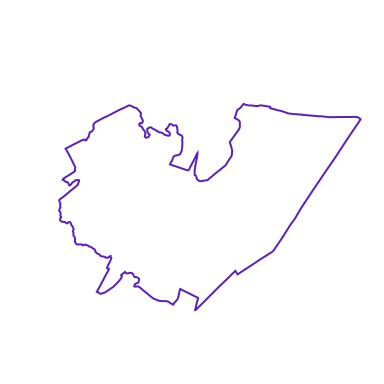 outline of Limuru, Central, Kenya, rotated 200°
{"feature_id": "3690345B52223496040180", "entity_name": "Limuru", "entity_type": "district", "adm_level": 2, "iso_a3": "KEN", "parent_name": "Kenya", "parent_adm1": "Central", "projection": "natural_earth1", "projection_center": [36.657, -1.145], "detail": "fine", "context": "isolated", "style": "outline", "palette": "violet", "viewbox_px": 384, "rotation_deg": 200, "n_neighbors": 0, "source": "geoboundaries", "source_scale": "gbopen_adm2", "svg_char_len": 6045}
<svg xmlns="http://www.w3.org/2000/svg" viewBox="0 0 384 384"><g transform="rotate(200 192 192)"><path d="M245.0,81.6L245.7,76.0L247.3,65.6L245.8,65.6L244.3,65.2L243.0,65.1L241.8,65.9L240.5,67.1L239.5,67.7L238.9,68.7L238.0,69.7L233.5,76.0L233.0,76.9L232.5,78.2L231.9,79.6L231.3,80.8L230.8,81.8L230.4,82.8L230.1,83.8L229.3,85.8L229.0,86.9L229.1,88.8L230.2,89.6L227.6,94.0L226.1,93.3L224.8,93.3L223.6,94.2L222.7,94.9L221.5,95.1L220.6,95.3L219.7,94.7L218.8,94.2L218.1,93.4L216.7,92.4L215.4,93.0L214.0,93.0L212.9,92.7L212.0,92.2L211.7,91.1L211.5,90.0L211.4,88.9L212.2,87.8L213.2,86.9L214.1,85.8L214.0,83.6L212.8,83.7L211.7,84.3L210.5,84.7L209.1,84.7L201.0,81.8L194.7,79.6L193.5,79.2L191.9,78.7L185.8,78.5L184.0,78.9L182.4,79.4L180.6,80.0L179.2,80.6L177.6,80.8L176.1,80.7L174.4,80.2L172.9,79.9L171.0,79.8L171.0,81.3L170.4,82.4L169.9,83.5L169.5,84.8L169.0,86.2L168.9,87.9L169.0,89.1L169.2,90.1L169.3,91.2L169.5,92.3L169.8,94.4L169.9,95.5L169.9,96.8L150.1,94.6L149.9,93.3L149.3,87.1L148.9,84.5L148.8,81.4L146.4,86.2L143.5,92.3L136.8,106.7L134.0,112.8L128.5,123.8L126.4,128.4L124.3,132.7L123.2,131.8L121.0,130.2L116.0,136.9L110.5,144.3L105.5,151.1L99.2,159.3L96.5,162.8L95.8,163.8L95.3,165.0L91.9,178.5L88.0,196.0L86.2,202.1L84.0,214.0L79.5,232.8L74.2,254.1L69.0,274.3L63.8,296.4L58.4,318.0L60.5,318.8L62.6,318.9L64.2,318.4L72.3,315.4L73.2,315.1L78.9,312.9L81.2,312.1L83.3,311.2L86.4,310.1L89.3,309.0L92.2,308.4L95.9,307.5L96.8,307.2L97.8,306.8L101.3,305.9L108.5,303.9L111.3,303.2L113.6,302.5L114.6,302.4L117.2,301.7L120.6,300.7L121.7,300.3L123.4,300.0L127.0,299.1L128.9,298.7L131.9,298.8L134.3,298.7L136.3,298.6L139.3,298.2L141.4,298.0L143.0,297.9L144.2,297.7L146.4,297.6L147.2,297.5L147.6,298.7L148.7,298.6L151.6,298.0L154.5,297.5L155.7,297.2L156.6,297.1L157.9,296.5L158.8,295.8L159.9,295.2L161.4,294.7L163.0,294.3L164.5,293.9L165.5,293.7L167.2,293.1L168.6,292.7L170.3,292.4L171.7,292.4L172.7,292.4L173.7,292.4L175.3,287.7L176.1,286.4L176.8,285.4L177.5,284.7L177.3,280.2L177.2,276.1L173.6,275.6L172.3,275.2L171.2,274.4L170.7,273.4L170.3,272.4L169.9,271.0L169.4,269.9L169.2,268.9L169.3,266.8L169.8,265.3L170.2,263.8L170.7,262.0L171.5,259.4L172.1,256.9L172.4,255.9L172.8,254.6L173.3,253.1L173.5,251.7L172.9,250.9L171.6,249.3L169.7,246.6L168.1,244.0L167.8,242.5L167.3,240.6L167.2,239.3L168.4,234.1L169.6,228.6L172.6,223.5L176.2,217.7L178.6,213.5L181.6,208.3L182.5,207.9L183.7,207.3L184.7,206.8L186.8,205.4L187.9,205.0L188.9,204.8L190.2,205.2L191.5,205.6L192.5,206.8L193.3,208.0L194.0,208.8L195.4,209.0L196.4,211.8L196.9,213.5L197.2,214.8L197.5,216.5L197.9,217.9L198.2,219.7L198.7,223.8L199.1,225.8L199.5,228.3L200.2,230.5L200.5,229.5L200.5,228.2L200.6,226.9L201.0,224.3L201.2,221.8L201.5,220.0L201.7,218.3L201.9,216.8L202.1,215.4L202.3,213.9L202.4,212.3L202.8,211.2L204.1,210.8L222.1,210.4L222.1,212.3L221.8,213.6L221.4,214.6L221.5,216.2L221.4,219.2L220.2,220.4L219.1,221.1L218.2,221.5L217.2,222.3L216.1,223.7L215.8,227.1L216.7,231.4L217.1,232.6L217.7,234.3L218.1,235.8L218.9,236.9L219.3,238.9L219.7,240.3L220.7,241.3L221.6,241.6L222.5,241.7L223.4,241.6L224.3,241.8L225.3,242.1L226.2,242.9L226.4,244.3L227.0,245.6L227.6,246.7L228.4,248.2L229.5,249.2L230.7,248.8L231.5,248.3L232.5,248.0L233.8,248.5L235.0,248.6L236.2,248.2L236.4,246.3L236.8,245.1L237.0,243.9L237.3,243.0L238.1,242.1L237.2,241.1L236.1,240.8L234.8,240.7L233.6,240.2L232.5,238.8L232.4,237.6L233.4,236.7L234.6,236.6L235.6,236.6L236.6,236.4L238.0,236.6L238.9,237.0L240.1,237.3L241.3,237.3L242.3,237.1L243.8,236.8L245.1,237.4L246.4,237.3L247.3,237.7L248.2,238.0L249.2,237.9L250.1,237.9L251.1,238.2L252.2,238.7L253.7,238.4L254.5,237.5L255.1,236.8L255.6,235.7L254.9,234.1L254.1,233.0L253.2,232.2L251.3,231.2L251.6,229.6L252.3,228.2L253.6,227.3L255.3,227.8L255.6,229.5L255.8,231.1L257.1,232.9L258.3,233.6L259.8,234.4L260.5,235.4L261.5,236.1L263.2,236.2L264.5,236.9L264.8,238.3L264.0,239.2L262.8,239.3L262.3,240.7L262.6,242.3L263.5,243.2L264.5,244.0L265.4,245.0L266.4,245.9L266.6,247.4L266.8,248.5L267.8,249.2L269.1,250.0L271.8,251.3L272.8,251.8L273.9,251.8L275.1,251.6L276.1,251.8L277.3,251.9L279.0,252.1L280.5,252.0L281.7,251.0L284.5,248.0L288.0,244.7L297.9,233.9L299.9,232.1L303.8,227.8L305.8,225.5L306.7,224.4L307.2,223.5L307.5,222.5L307.5,221.0L307.1,220.0L306.6,219.1L306.0,218.0L306.1,216.9L306.4,215.8L306.8,214.6L307.6,214.1L308.3,213.4L308.4,211.0L308.3,210.0L307.9,208.1L308.8,207.0L309.0,204.5L309.9,204.1L310.7,204.5L311.7,204.2L312.5,203.5L313.2,202.9L314.8,201.2L317.9,197.8L319.3,196.4L325.0,190.2L325.6,189.5L323.6,187.8L321.0,185.6L316.6,181.5L310.2,175.4L310.0,174.3L309.6,172.7L309.1,171.6L312.0,167.5L316.2,162.3L317.4,160.6L317.7,159.2L316.6,159.1L315.3,159.0L314.0,158.3L312.9,158.6L311.8,158.4L310.2,156.9L309.4,156.2L308.4,157.4L307.8,159.5L307.3,160.5L306.1,161.9L305.4,163.2L303.7,164.1L302.4,164.5L301.8,163.5L301.9,162.0L301.7,160.0L303.7,156.2L305.7,153.0L308.1,148.9L310.0,145.6L311.0,143.8L312.5,141.7L313.6,140.0L314.0,138.8L313.4,138.0L312.7,137.0L311.7,136.1L311.4,134.7L311.1,133.5L310.3,132.7L310.5,131.2L310.6,129.5L310.1,128.6L309.0,128.2L308.1,126.9L307.7,125.1L307.2,124.2L306.4,123.8L306.6,122.6L306.7,121.2L305.8,119.9L304.5,119.6L303.4,119.9L302.4,120.0L301.5,120.4L300.2,120.0L298.5,119.8L297.8,121.2L297.0,121.9L296.1,121.9L295.2,121.1L294.2,119.8L293.1,119.2L292.2,118.4L290.5,116.8L290.5,115.6L290.5,114.4L289.5,113.3L288.9,111.5L288.3,110.3L287.3,109.8L286.5,109.0L285.8,107.7L285.4,106.4L284.9,105.0L283.8,104.2L282.9,103.5L281.6,103.4L280.5,104.1L279.3,104.4L278.1,105.0L277.0,104.8L276.1,104.5L275.3,105.4L274.3,106.1L273.1,106.0L271.6,106.2L270.4,105.7L269.1,105.7L267.8,105.6L266.9,105.5L266.0,105.2L265.1,104.9L263.7,104.7L262.8,103.8L262.2,102.7L261.1,102.2L259.7,101.7L258.4,101.8L257.2,101.4L256.3,100.7L255.1,100.6L253.9,100.9L252.8,101.1L251.6,101.2L250.6,100.7L249.6,101.3L248.5,101.4L247.9,102.4L247.3,103.4L246.6,104.0L246.1,103.0L245.2,102.4L245.2,100.6L245.2,99.1L245.4,97.5L245.9,94.4L245.9,91.3L245.0,91.1L244.0,91.5L243.7,90.3L243.9,88.8L244.1,87.5L244.4,85.9L245.0,81.6Z" fill="none" stroke="#5b21b6" stroke-width="2"/></g></svg>